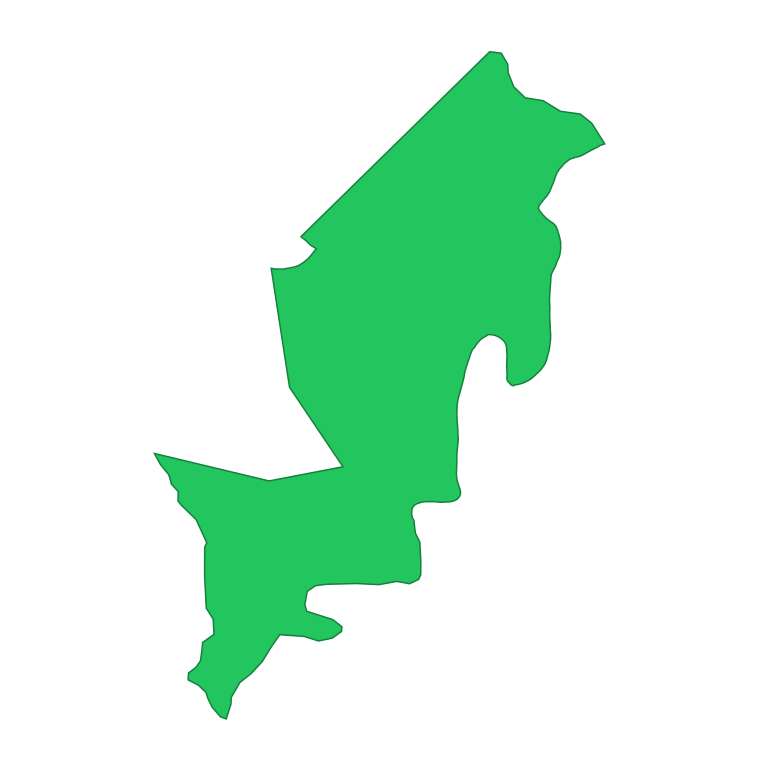 outline of De Mailly, Vieux Fort, Saint Lucia, rotated 87°
{"feature_id": "8701671B80390087772516", "entity_name": "De Mailly", "entity_type": "district", "adm_level": 2, "iso_a3": "LCA", "parent_name": "Saint Lucia", "parent_adm1": "Vieux Fort", "projection": "mercator", "projection_center": [-60.949, 13.797], "detail": "fine", "context": "isolated", "style": "filled", "palette": "green", "viewbox_px": 768, "rotation_deg": 87, "n_neighbors": 0, "source": "geoboundaries", "source_scale": "gbopen_adm2", "svg_char_len": 4844}
<svg xmlns="http://www.w3.org/2000/svg" viewBox="0 0 768 768"><g transform="rotate(87 384 384)"><path d="M709.9,559.8L710.2,559.1L695.7,553.6L688.9,552.9L674.5,543.5L666.1,531.7L654.7,520.0L641.0,510.6L628.9,501.2L631.9,477.0L637.2,462.9L635.0,448.8L628.9,439.4L624.3,438.7L616.7,447.3L606.9,473.1L600.0,474.6L587.1,471.5L581.8,462.9L581.0,452.0L581.8,422.2L584.1,399.6L581.8,381.6L583.8,373.1L584.8,369.0L581.0,359.7L576.5,357.3L570.8,357.0L563.6,356.6L562.8,356.5L543.8,356.5L541.0,357.7L534.7,360.4L530.2,360.8L521.7,361.3L520.5,361.9L519.4,362.5L518.3,362.7L516.6,363.1L515.2,363.2L514.0,363.1L513.2,363.0L511.1,362.7L509.6,362.3L508.5,361.6L507.9,361.2L507.5,360.8L507.1,360.5L506.7,359.9L506.0,358.9L505.6,358.1L505.0,356.7L504.6,355.0L504.4,354.4L504.0,352.3L503.9,351.5L503.8,350.7L503.7,347.9L503.8,346.1L503.9,343.8L504.0,341.6L504.3,338.8L504.5,337.2L504.7,336.1L504.9,334.8L505.0,334.3L505.1,332.9L505.1,331.2L505.1,329.3L505.1,327.4L505.1,325.2L505.0,323.6L504.5,320.8L504.1,319.7L503.7,318.7L502.8,316.9L501.3,315.3L500.0,314.3L498.0,313.4L495.9,313.2L493.4,313.6L491.6,314.0L491.1,314.2L486.7,315.4L482.2,316.3L478.5,316.4L478.0,316.4L473.0,316.0L467.5,315.5L466.3,315.4L464.3,315.3L458.5,314.9L453.6,314.3L452.3,314.1L451.6,314.0L447.2,313.3L444.1,312.9L443.3,312.8L439.8,312.7L436.8,312.8L431.5,312.7L425.1,312.9L417.3,312.8L410.2,312.2L407.5,311.8L403.3,310.9L401.2,310.3L400.6,310.1L398.3,309.3L397.9,309.1L395.2,308.2L393.8,307.7L392.9,307.4L390.6,306.7L389.1,306.2L386.4,305.3L383.4,304.4L380.7,303.6L378.4,303.2L375.2,302.3L373.9,301.8L372.3,301.3L370.0,300.4L365.8,298.8L363.0,297.6L358.6,296.0L358.2,295.8L354.3,293.9L352.4,291.9L351.2,291.1L350.3,290.4L349.8,290.0L349.2,289.5L348.5,289.0L347.1,287.7L345.7,286.2L344.6,285.1L344.3,284.6L343.4,283.4L342.6,281.9L342.4,281.4L341.6,279.9L341.3,279.2L340.2,277.4L340.2,276.5L340.2,275.7L340.4,274.4L340.5,273.4L340.7,272.9L340.9,271.8L341.2,270.6L341.7,269.7L342.0,269.1L342.4,268.3L342.9,267.2L343.3,266.5L344.7,264.8L345.5,263.9L346.4,262.9L346.9,262.4L348.1,261.6L348.6,261.2L349.8,260.6L351.1,260.2L353.0,259.8L354.4,259.7L357.1,259.7L362.2,259.7L362.9,259.7L372.5,260.6L380.9,260.6L381.9,260.7L384.1,260.9L384.8,261.0L386.8,260.8L388.6,259.6L389.0,259.3L389.5,258.8L390.9,257.7L391.8,256.9L392.2,255.8L392.5,255.0L391.8,253.2L391.5,250.5L391.1,248.4L390.7,246.4L389.8,243.7L389.4,242.7L388.9,241.6L388.5,240.7L387.7,238.9L387.1,237.9L386.2,236.5L384.8,234.6L384.1,233.7L383.0,232.4L382.4,231.7L381.6,230.7L379.7,228.5L376.9,225.7L375.4,224.6L373.6,223.1L371.7,221.9L370.3,221.2L369.8,221.0L368.1,220.3L365.5,219.5L363.0,218.7L358.7,217.3L356.0,216.7L352.5,216.1L351.6,216.0L349.3,215.5L346.4,215.2L343.9,215.0L340.4,215.1L335.4,215.0L329.2,215.0L322.6,214.9L320.4,214.7L316.8,214.4L309.2,214.4L300.8,213.5L300.2,213.5L293.2,212.5L290.3,212.2L289.1,212.0L288.4,212.0L285.5,211.6L284.6,211.4L283.1,211.0L281.3,210.2L279.2,209.0L276.3,207.1L272.1,205.3L269.5,204.2L266.4,202.4L264.3,201.7L260.7,200.9L258.2,200.6L257.5,200.4L255.4,200.4L252.9,200.2L250.3,200.3L249.8,200.4L247.5,200.8L246.1,201.1L244.5,201.4L239.8,202.6L238.1,203.1L236.7,203.6L236.3,203.8L235.6,204.0L234.7,204.7L233.0,206.0L232.4,206.5L231.2,208.3L230.6,209.1L230.0,209.8L229.4,210.4L226.8,213.5L224.9,215.1L223.8,216.1L219.6,219.2L217.9,220.1L216.9,220.5L215.6,220.4L214.9,220.1L214.2,219.7L213.3,219.1L212.7,218.7L211.6,217.8L210.2,216.6L208.7,215.3L207.7,214.4L207.2,213.9L205.7,212.4L204.7,211.5L204.1,211.0L203.0,210.2L201.2,208.9L200.5,208.5L198.6,207.6L197.7,207.1L195.4,206.1L194.1,205.5L192.8,204.8L190.2,203.5L188.7,203.0L187.3,202.5L185.5,201.8L184.9,201.5L182.6,200.5L180.8,199.1L178.5,197.5L175.8,194.8L173.3,192.4L170.6,188.6L169.5,186.9L169.2,186.3L168.7,184.9L168.3,183.1L168.1,182.5L167.6,180.5L167.2,178.3L167.1,177.5L166.5,175.5L165.7,173.7L164.9,172.0L164.5,171.1L163.9,169.9L163.5,169.1L162.8,167.7L161.6,165.2L160.7,163.2L159.9,161.4L159.2,159.8L158.8,158.7L157.1,155.8L156.5,153.5L156.1,152.5L155.9,151.1L155.3,151.2L134.3,163.0L124.7,173.9L120.9,193.5L109.4,210.3L105.6,228.0L94.1,238.8L79.8,243.7L71.2,243.7L59.7,249.6L57.8,260.4L57.8,261.2L142.5,357.2L232.5,459.2L236.9,454.3L241.6,450.0L245.3,444.5L251.5,450.0L255.0,453.4L258.3,457.9L261.3,463.2L262.7,468.6L264.0,479.2L263.4,487.1L262.5,490.6L382.4,478.5L464.5,429.3L474.9,504.6L474.5,504.8L441.4,616.9L452.6,611.5L459.0,606.9L463.3,603.7L467.8,602.6L473.1,601.4L473.5,601.0L480.7,595.1L484.7,595.4L489.9,595.9L494.4,592.8L496.6,590.7L509.6,578.7L533.2,569.3L537.7,571.6L548.3,572.2L565.8,573.2L598.5,573.2L609.9,566.9L625.1,566.9L628.7,572.5L632.7,578.7L635.7,579.1L638.8,579.5L646.4,580.9L650.9,581.8L657.0,586.5L661.6,593.2L662.3,594.3L669.2,595.1L675.2,584.9L682.8,577.9L685.2,577.3L688.9,576.3L691.9,575.0L698.0,572.4L707.9,564.6L708.6,562.9L709.9,559.8Z" fill="#22c55e" stroke="#15803d" stroke-width="1.5"/></g></svg>